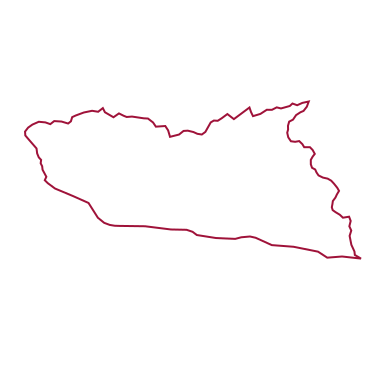 Sentinela do Sul, Rio Grande do Sul, Brazil, rotated 77°
{"feature_id": "56859067B78209847482393", "entity_name": "Sentinela do Sul", "entity_type": "district", "adm_level": 2, "iso_a3": "BRA", "parent_name": "Brazil", "parent_adm1": "Rio Grande do Sul", "projection": "robinson", "projection_center": [-51.619, -30.633], "detail": "fine", "context": "isolated", "style": "outline", "palette": "rose", "viewbox_px": 384, "rotation_deg": 77, "n_neighbors": 0, "source": "geoboundaries", "source_scale": "gbopen_adm2", "svg_char_len": 1800}
<svg xmlns="http://www.w3.org/2000/svg" viewBox="0 0 384 384"><g transform="rotate(77 192 192)"><path d="M157.8,324.7L169.3,308.7L179.4,295.3L195.9,289.5L202.3,284.5L205.6,279.5L207.5,274.9L208.8,270.0L214.8,245.5L223.8,220.9L227.6,205.8L230.9,200.4L235.0,197.0L242.2,179.1L244.7,170.2L247.4,160.4L247.2,154.2L248.4,145.5L250.9,140.3L261.7,126.2L268.2,105.4L276.5,87.0L278.5,82.6L286.4,75.0L288.6,60.3L294.9,42.3L290.0,47.5L286.5,47.1L279.3,48.6L270.2,48.3L265.4,45.5L260.8,46.4L255.9,43.9L251.4,44.5L251.0,50.7L247.4,53.1L244.0,56.6L241.3,59.0L238.3,59.2L235.4,57.9L232.5,56.8L229.7,53.5L227.0,51.4L224.0,48.5L220.6,49.5L215.8,51.8L212.3,53.8L209.5,56.8L207.4,61.2L204.3,65.0L200.9,66.3L197.8,66.9L195.4,69.6L191.8,70.0L187.4,69.0L184.6,66.4L182.5,63.8L178.2,65.0L174.9,67.0L173.6,72.6L170.2,73.7L166.5,76.1L166.3,80.2L164.8,84.2L160.4,85.9L155.7,85.9L152.7,84.3L149.1,83.6L145.3,81.5L144.2,77.3L140.5,73.3L138.7,68.4L138.1,65.1L134.7,60.9L130.1,57.9L130.0,64.4L131.1,70.0L128.4,74.2L130.2,77.4L130.4,81.8L130.6,86.5L128.6,90.4L129.9,95.6L128.7,100.6L131.3,107.8L131.8,115.5L127.4,116.5L122.6,117.0L130.4,134.8L124.0,140.0L126.8,146.4L128.4,150.9L127.3,154.6L128.4,158.1L136.5,165.5L138.2,169.5L136.5,173.7L133.9,177.1L131.3,182.3L130.6,186.5L133.1,191.7L133.3,201.0L126.6,201.4L121.7,203.2L120.2,212.5L115.5,214.3L110.5,218.4L109.4,222.3L105.0,233.5L104.2,238.8L102.3,241.5L99.0,245.5L101.5,251.7L94.7,258.9L90.2,260.0L92.7,265.4L90.4,271.1L90.2,279.5L91.3,288.1L92.1,291.9L95.9,294.1L97.4,297.3L94.0,303.3L91.9,310.3L94.0,314.8L91.2,319.2L89.1,325.5L90.4,332.3L92.4,337.2L95.6,341.1L99.4,341.7L103.1,339.8L114.6,333.7L119.6,334.2L123.8,333.5L126.8,331.8L130.0,333.0L133.2,332.2L136.7,332.6L144.4,330.5L147.4,332.8L151.0,330.5L157.8,324.7Z" fill="none" stroke="#9f1239" stroke-width="2"/></g></svg>